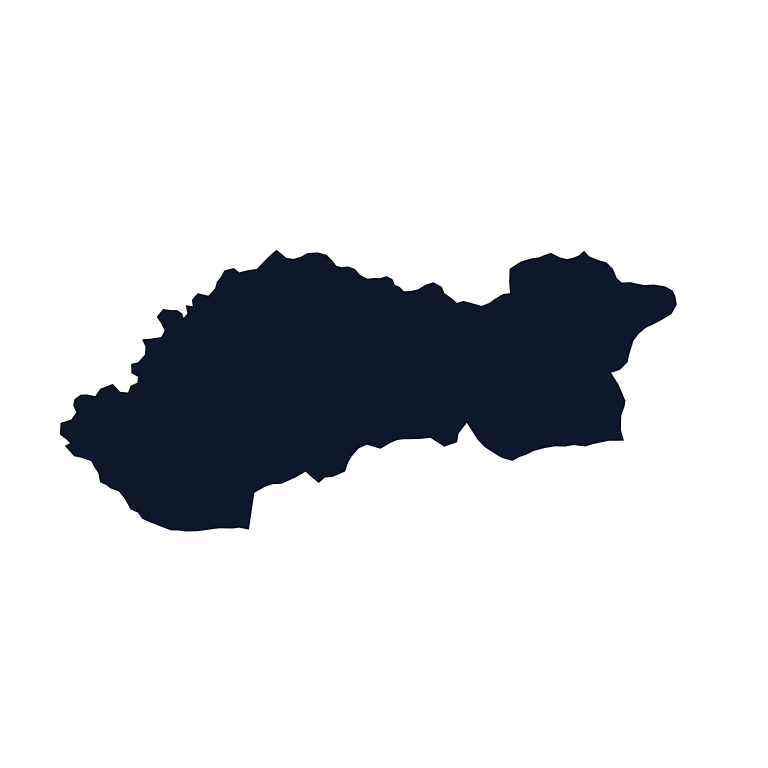 Mandaguaçu, Paraná, Brazil, rotated 225°
{"feature_id": "56859067B52596014738529", "entity_name": "Mandaguaçu", "entity_type": "district", "adm_level": 2, "iso_a3": "BRA", "parent_name": "Brazil", "parent_adm1": "Paraná", "projection": "mercator", "projection_center": [-52.052, -23.286], "detail": "fine", "context": "isolated", "style": "filled", "palette": "ink", "viewbox_px": 768, "rotation_deg": 225, "n_neighbors": 0, "source": "geoboundaries", "source_scale": "gbopen_adm2", "svg_char_len": 2571}
<svg xmlns="http://www.w3.org/2000/svg" viewBox="0 0 768 768"><g transform="rotate(225 384 384)"><path d="M584.3,127.9L577.2,119.9L569.3,121.0L563.0,121.0L565.0,115.3L552.2,114.6L546.2,118.5L536.4,123.3L531.2,121.4L522.8,119.8L515.2,114.6L509.0,116.9L503.6,117.6L495.7,121.4L485.3,120.1L474.5,116.9L467.2,119.8L459.7,118.5L452.9,121.1L443.2,125.3L431.7,130.4L426.7,135.3L420.7,139.8L412.5,148.4L403.0,160.9L399.2,165.8L389.4,175.3L385.4,180.5L377.7,185.7L399.5,215.2L396.3,227.1L392.6,234.8L386.5,241.5L380.9,256.5L378.2,267.3L367.6,267.8L360.8,268.6L360.5,276.2L355.5,282.1L352.8,288.5L350.5,294.5L354.6,302.9L356.4,310.0L357.2,320.6L353.7,329.5L341.3,336.3L338.7,346.6L336.0,353.6L332.5,358.4L325.9,365.2L320.4,371.0L313.4,379.6L305.7,381.2L297.6,382.9L292.0,394.5L297.0,401.3L298.9,416.1L278.2,411.5L267.8,411.4L258.7,413.4L249.0,415.7L239.5,420.8L237.5,427.9L234.2,434.7L231.6,442.6L225.6,453.0L219.4,461.6L212.4,468.2L207.3,475.4L197.9,482.8L194.9,488.9L190.2,496.1L185.2,503.7L181.1,507.6L175.5,513.4L184.3,518.3L194.7,529.2L198.7,537.8L202.0,542.3L218.3,548.8L232.6,552.0L228.0,560.7L227.9,571.5L232.1,577.8L235.6,584.5L239.0,590.8L240.1,599.2L239.4,609.0L235.4,619.9L230.9,636.3L233.7,646.6L240.1,651.3L246.0,653.4L253.9,651.1L262.9,644.6L269.6,637.2L275.2,633.4L281.2,629.8L287.3,623.0L294.6,622.8L303.5,626.5L312.5,626.5L319.2,622.8L328.7,618.6L336.0,618.9L336.4,612.5L338.7,607.0L342.2,601.2L349.0,597.1L358.2,594.1L361.1,588.1L363.4,582.5L367.6,577.2L373.2,566.8L375.8,554.5L367.1,545.2L358.1,537.4L362.6,531.7L364.9,523.0L366.1,515.6L369.6,507.6L377.1,503.5L386.0,498.3L389.2,492.2L396.3,491.8L405.6,490.2L412.0,492.8L420.5,490.2L424.0,483.4L426.1,474.8L430.1,468.4L435.0,462.9L441.4,462.9L446.5,461.0L452.3,463.3L458.0,461.4L461.0,455.5L465.7,451.1L469.5,446.2L478.1,443.4L485.7,444.0L492.1,441.1L495.8,436.2L501.1,433.1L508.3,434.0L515.6,434.0L523.4,429.6L530.0,422.2L532.0,415.0L535.6,408.3L541.7,403.4L548.8,402.8L554.2,402.2L554.8,392.9L554.8,385.1L554.5,375.2L560.3,367.5L564.8,359.8L571.8,359.1L576.3,351.3L574.2,344.3L573.7,338.2L570.3,332.5L569.8,321.8L579.2,316.1L578.6,308.0L572.8,303.6L578.6,299.7L572.2,295.2L571.4,287.8L576.7,290.3L582.2,289.3L587.2,284.3L592.5,280.5L591.4,271.3L584.6,270.1L576.1,267.2L573.9,259.5L580.2,250.9L585.4,244.8L578.6,242.4L573.1,236.0L572.5,225.1L576.0,219.6L570.1,213.9L562.7,215.9L558.4,210.7L561.2,203.6L558.0,196.8L564.8,191.1L575.4,191.5L580.5,179.8L578.7,170.8L586.0,166.1L590.1,161.8L591.4,154.6L588.2,149.7L580.8,147.0L579.2,137.5L584.3,127.9Z" fill="#0f172a" stroke="#020617" stroke-width="1.5"/></g></svg>